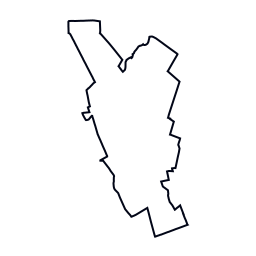 Dascalu, Ilfov, Romania, rotated 267°
{"feature_id": "2599482B8642066651605", "entity_name": "Dascalu", "entity_type": "district", "adm_level": 2, "iso_a3": "ROU", "parent_name": "Romania", "parent_adm1": "Ilfov", "projection": "natural_earth1", "projection_center": [26.247, 44.602], "detail": "fine", "context": "isolated", "style": "outline", "palette": "ink", "viewbox_px": 256, "rotation_deg": 267, "n_neighbors": 0, "source": "geoboundaries", "source_scale": "gbopen_adm2", "svg_char_len": 5524}
<svg xmlns="http://www.w3.org/2000/svg" viewBox="0 0 256 256"><g transform="rotate(267 128 128)"><path d="M225.9,73.6L225.6,74.3L225.3,74.7L224.9,75.0L224.6,75.3L224.2,75.5L223.9,75.6L223.7,75.7L223.1,76.0L222.6,76.2L222.2,76.4L221.6,76.7L220.9,77.0L220.3,77.2L219.5,77.6L219.1,77.8L218.7,78.0L218.1,78.3L217.0,78.8L216.3,79.1L215.5,79.4L214.7,79.8L214.1,80.1L213.7,80.2L213.0,80.5L212.3,80.9L211.6,81.2L211.1,81.4L210.7,81.6L209.9,81.9L209.5,82.1L209.2,82.2L208.5,82.6L208.2,82.7L207.8,82.9L207.4,83.1L207.0,83.2L206.5,83.5L205.6,83.9L205.3,84.0L204.8,84.2L204.4,84.4L203.4,84.9L203.0,85.0L202.5,85.3L202.0,85.5L201.3,85.8L200.7,86.1L200.3,86.3L199.8,86.5L198.3,87.1L196.6,87.9L195.7,88.3L194.3,89.0L193.3,89.4L192.2,89.9L190.6,90.6L189.1,91.3L188.2,91.7L186.9,92.3L185.1,93.1L183.4,93.9L182.2,94.4L180.8,95.1L178.3,96.1L176.9,96.8L176.2,97.1L175.5,97.4L175.4,97.2L174.9,96.4L174.7,96.1L174.6,95.9L174.0,95.3L173.5,94.8L172.5,93.8L172.3,93.5L171.5,92.7L171.2,92.4L170.7,91.9L170.5,91.6L169.9,90.9L169.8,90.6L169.7,90.4L169.5,90.2L169.4,90.1L169.2,90.0L168.1,88.6L167.7,88.5L167.1,88.6L166.9,88.7L166.2,88.7L165.9,88.8L165.1,88.9L163.8,89.1L162.2,89.4L161.3,89.5L159.0,89.8L157.5,90.0L155.9,90.2L154.4,90.5L152.9,90.8L151.6,91.1L150.7,89.0L145.8,90.3L145.7,89.6L145.7,88.1L145.6,86.9L145.5,84.4L145.3,83.6L145.2,83.2L144.5,83.4L143.5,83.7L142.4,84.2L141.5,84.6L140.5,85.1L139.5,85.6L138.8,86.0L138.3,86.2L138.1,86.4L138.1,86.6L138.1,87.1L138.2,87.8L138.3,88.4L138.6,89.2L139.1,89.7L140.3,90.8L140.8,91.2L141.5,91.9L142.1,92.5L142.0,92.9L141.3,93.0L139.5,93.5L138.0,93.9L134.1,94.8L131.9,95.4L123.7,97.3L123.2,97.4L123.1,97.5L120.1,98.6L116.5,100.0L115.3,100.4L114.6,100.7L113.7,101.0L113.3,101.2L112.3,101.5L107.6,103.3L106.9,103.6L102.1,105.3L101.3,105.7L100.6,105.7L97.3,98.9L97.2,98.7L96.8,98.7L96.7,99.7L96.6,101.0L96.6,101.4L96.6,101.5L95.1,102.5L90.6,105.6L89.1,106.7L88.4,107.1L87.9,107.4L86.0,108.4L84.8,109.2L83.2,110.3L82.3,110.9L81.4,111.4L80.6,111.6L80.0,111.4L79.6,111.3L78.4,111.2L77.1,111.1L75.7,111.1L75.1,111.0L74.1,110.7L73.3,110.6L73.2,110.6L70.4,110.7L69.7,110.8L68.9,110.9L67.8,111.3L67.1,111.7L66.5,112.2L63.9,114.5L63.5,114.8L59.0,116.3L47.1,120.9L43.0,123.9L41.1,125.5L40.6,125.8L40.4,126.0L39.9,126.3L39.4,126.6L39.2,126.7L39.2,126.9L39.8,128.4L40.2,129.6L40.6,130.5L40.7,130.9L47.2,143.1L43.5,143.9L42.1,144.2L37.6,145.1L33.1,146.0L21.1,148.6L18.1,149.3L18.1,149.7L18.5,150.8L18.9,152.2L19.2,153.3L19.5,154.2L19.8,155.2L19.8,155.3L19.8,155.6L20.2,156.7L20.7,158.3L21.9,162.0L22.3,163.6L22.6,164.4L23.0,165.7L23.3,166.6L23.7,167.9L23.8,168.3L23.9,168.5L24.7,170.9L24.9,171.7L25.3,173.0L25.5,173.7L25.6,174.0L26.8,177.9L26.9,178.2L27.3,179.4L27.7,180.8L27.8,181.0L27.9,181.3L28.0,181.8L28.2,182.4L28.3,182.3L30.3,181.7L33.1,180.8L35.1,180.0L39.1,178.7L39.1,178.9L48.0,176.0L46.6,174.2L45.9,173.1L44.7,171.5L44.0,170.7L43.9,170.5L44.1,170.4L44.5,170.2L44.9,170.0L45.5,169.7L46.6,169.2L47.3,168.8L48.4,168.3L49.5,167.5L50.1,167.1L51.5,166.1L51.9,165.8L52.0,165.8L52.3,165.7L52.8,165.6L53.4,165.4L53.6,165.4L54.6,165.1L55.3,165.0L56.0,164.8L56.6,164.8L57.3,164.6L57.5,164.6L58.1,164.5L58.8,164.5L59.1,164.5L59.4,164.6L59.9,164.8L60.6,164.8L61.0,164.8L61.6,164.7L63.0,164.7L63.6,164.6L63.9,164.5L64.8,163.3L66.0,161.9L67.1,160.5L67.7,159.8L67.9,159.7L68.9,159.4L72.8,158.3L73.5,162.6L74.0,166.0L76.7,165.6L78.1,165.4L78.8,165.3L79.3,165.2L80.2,165.1L81.0,164.9L81.6,164.9L82.6,164.7L82.9,166.3L82.9,167.0L82.5,170.5L83.0,170.4L83.5,170.2L84.3,170.0L85.2,169.8L85.4,169.8L85.6,172.8L85.5,173.3L85.8,173.4L93.7,175.5L94.9,175.8L96.7,176.3L100.9,177.5L104.4,178.3L104.8,178.4L105.3,178.3L105.9,178.1L107.0,177.8L107.6,177.7L108.1,177.4L108.6,177.3L109.5,177.6L110.7,178.0L112.0,178.5L112.6,178.8L112.9,178.9L113.3,179.0L114.2,179.3L114.9,179.5L117.5,173.6L119.0,170.3L119.2,169.6L132.0,174.1L133.0,172.8L134.8,170.4L135.2,170.6L136.1,168.5L136.3,168.6L138.2,169.2L139.2,169.5L155.9,175.9L162.1,178.3L171.6,181.9L182.6,170.6L182.9,170.9L186.8,173.4L192.7,177.2L198.8,181.2L199.1,181.3L199.5,180.8L199.8,180.7L205.1,174.1L209.8,168.3L211.0,166.9L216.0,160.7L217.5,158.2L217.6,157.9L217.9,157.4L218.1,156.7L218.1,156.4L218.1,155.7L218.1,155.3L218.0,155.0L218.0,154.4L217.9,154.3L217.9,154.2L217.7,154.0L216.8,154.0L215.5,153.6L213.5,153.0L213.4,153.0L213.3,152.9L213.2,152.9L212.8,152.8L212.6,152.7L211.2,151.8L211.0,151.5L210.5,150.7L210.2,150.2L210.0,149.2L210.1,148.2L210.4,147.6L210.8,147.4L210.1,146.5L209.7,145.5L209.6,145.0L209.4,144.3L209.5,144.2L209.1,143.3L208.8,142.7L207.2,141.5L206.0,140.5L205.3,139.9L204.8,139.3L203.7,138.3L203.1,138.2L202.4,137.8L202.4,137.7L201.6,137.0L201.6,136.8L201.7,136.6L202.2,136.1L201.3,136.5L201.0,136.7L200.7,136.7L200.0,136.5L198.3,135.9L198.0,135.6L197.7,135.2L198.5,134.7L198.1,133.7L197.9,133.6L197.6,132.5L196.0,130.1L196.2,129.3L195.9,129.7L195.5,129.9L193.9,129.0L190.7,128.8L189.1,128.7L187.5,128.4L186.2,127.9L184.4,125.8L184.9,125.4L185.3,125.1L186.0,124.6L186.9,124.0L187.2,123.9L187.5,123.6L188.4,123.0L189.0,122.6L190.0,122.0L190.2,121.8L191.0,122.4L195.5,125.3L196.4,125.9L206.9,118.4L211.8,114.8L214.2,113.0L216.3,111.3L222.1,106.7L223.2,105.8L223.9,105.0L224.1,104.9L224.3,105.1L226.2,105.3L227.0,105.4L227.4,105.4L236.0,105.5L237.2,99.5L237.3,97.9L237.4,92.4L237.4,91.5L237.4,89.1L237.4,88.8L237.5,87.6L237.6,81.6L237.7,79.9L237.8,78.3L237.9,76.9L237.9,74.8L237.9,74.6L237.6,74.3L237.4,74.1L237.1,74.1L236.8,74.0L235.9,74.0L234.6,73.9L233.6,73.9L233.1,73.8L231.3,73.8L227.6,73.7L225.9,73.6Z" fill="none" stroke="#020617" stroke-width="2"/></g></svg>